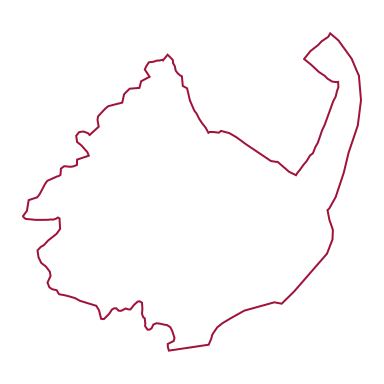 outline of Katsina-Ala, Benue, Nigeria
{"feature_id": "59680162B67606782034303", "entity_name": "Katsina-Ala", "entity_type": "district", "adm_level": 2, "iso_a3": "NGA", "parent_name": "Nigeria", "parent_adm1": "Benue", "projection": "mercator", "projection_center": [9.542, 7.289], "detail": "fine", "context": "isolated", "style": "outline", "palette": "rose", "viewbox_px": 384, "rotation_deg": 0, "n_neighbors": 0, "source": "geoboundaries", "source_scale": "gbopen_adm2", "svg_char_len": 2488}
<svg xmlns="http://www.w3.org/2000/svg" viewBox="0 0 384 384"><path d="M330.2,33.4L328.3,36.8L321.5,41.4L318.4,44.8L310.4,51.1L304.1,59.0L311.1,64.7L318.9,72.0L324.7,75.8L327.4,78.6L332.2,81.6L336.4,82.1L338.1,81.9L338.4,87.1L336.9,91.4L335.7,96.5L333.2,101.3L324.7,124.8L322.1,130.3L317.9,142.6L315.4,147.0L312.9,153.3L310.0,155.5L306.5,161.3L303.5,164.8L299.7,170.1L297.2,173.2L296.0,175.2L289.1,171.8L277.7,161.9L276.3,161.9L270.9,161.0L246.2,144.4L236.5,137.3L229.3,133.1L221.0,130.9L218.8,132.7L213.4,132.0L209.9,132.0L208.4,132.8L205.6,127.6L202.3,123.5L199.3,119.0L196.4,113.3L194.3,110.6L189.9,100.4L187.1,88.3L182.8,86.0L181.9,76.3L180.0,75.3L177.8,73.4L176.8,72.1L175.7,70.6L174.8,66.2L172.9,62.8L173.1,61.9L172.7,59.8L167.6,54.7L163.0,60.4L162.4,59.8L159.1,60.6L157.4,60.5L153.2,61.8L148.9,62.3L146.4,66.0L144.8,69.5L149.6,76.8L141.2,81.2L139.4,87.9L129.7,88.7L127.4,90.9L125.2,93.1L124.0,94.5L122.3,102.6L108.4,106.1L105.3,108.6L98.1,116.3L97.5,119.7L98.1,123.4L98.7,126.7L89.6,135.0L87.9,133.1L83.3,131.5L79.2,132.1L76.2,135.7L77.1,142.0L81.3,145.3L87.4,152.2L88.8,155.7L77.1,159.6L76.9,165.0L73.3,166.4L70.5,166.8L64.2,166.2L60.9,168.6L60.5,174.9L58.6,176.1L57.2,176.4L47.3,180.8L45.2,183.7L39.8,193.9L37.3,197.3L28.7,200.1L26.9,210.9L23.0,216.1L23.5,217.1L25.6,218.9L36.1,219.9L48.3,219.8L49.8,219.5L53.8,219.5L56.3,218.6L57.9,217.5L59.5,218.4L60.1,228.9L56.6,233.8L48.0,240.6L44.0,245.0L40.7,247.0L37.5,250.4L38.5,257.2L41.3,263.0L45.8,266.4L49.8,271.7L50.6,275.8L47.5,282.6L49.4,287.3L52.1,289.2L56.7,290.2L58.3,293.1L59.3,294.3L64.1,295.1L68.9,296.3L75.0,298.1L79.9,300.8L96.3,305.8L99.0,310.3L101.1,318.8L103.9,319.1L109.2,313.8L112.0,309.5L114.2,308.3L116.3,308.3L118.6,310.7L121.2,310.8L125.6,308.5L128.3,309.4L130.5,309.4L134.2,304.7L137.7,301.6L139.6,301.3L142.0,302.7L142.4,308.8L142.0,313.8L143.2,317.2L144.7,318.2L145.3,323.5L145.1,326.1L147.5,329.6L149.3,329.7L151.5,328.4L153.4,324.5L156.6,323.2L160.6,323.8L163.0,324.4L167.1,325.1L170.3,327.2L172.3,331.1L174.5,338.0L173.7,341.0L167.8,343.9L167.8,346.8L168.9,350.6L208.7,344.7L211.3,338.6L212.1,335.2L213.6,332.6L217.3,327.3L222.6,323.1L230.8,318.2L244.4,310.6L274.4,302.3L281.7,303.7L294.2,291.4L326.6,254.1L327.0,253.7L332.5,239.4L332.9,229.9L331.0,224.4L329.4,219.8L328.6,215.7L327.5,210.1L329.2,208.6L334.6,199.0L335.8,196.7L343.8,172.6L348.6,152.7L357.8,125.4L361.0,100.2L358.9,75.7L358.5,74.7L356.7,70.7L351.6,58.6L338.4,40.4L335.4,37.8L330.2,33.4Z" fill="none" stroke="#9f1239" stroke-width="2"/></svg>